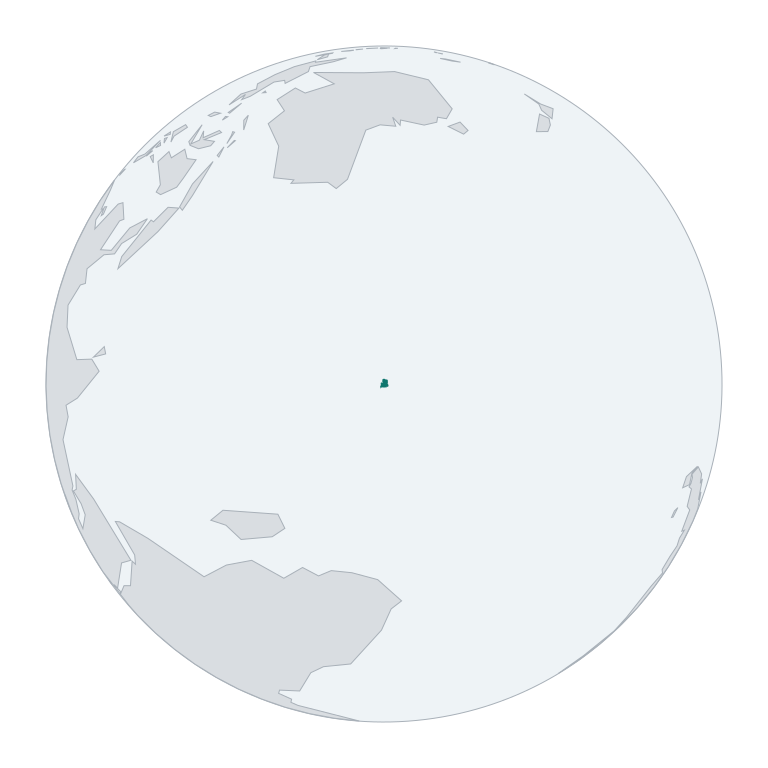 the Earth from above Archipel des Kerguelen, rotated 263°
{"feature_id": "ATF-5916", "entity_name": "Archipel des Kerguelen", "entity_type": "state/province", "adm_level": 1, "iso_a3": "ATF", "parent_name": "French Southern and Antarctic Lands", "parent_adm1": "", "projection": "orthographic", "projection_center": [69.4, -49.144], "detail": "fine", "context": "on_globe", "style": "filled", "palette": "teal", "viewbox_px": 768, "rotation_deg": 263, "n_neighbors": 0, "source": "natural_earth", "source_scale": "10m", "svg_char_len": 8910}
<svg xmlns="http://www.w3.org/2000/svg" viewBox="0 0 768 768"><g transform="rotate(263 384 384)"><circle cx="384" cy="384" r="338" fill="#eef3f6" stroke="#a8b0b8"/><path d="M75.5,521.8L90.1,549.0L111.0,582.5L122.9,596.3L150.7,624.4L162.5,637.4L165.9,637.4L178.0,646.8L187.6,655.1L195.0,658.5L202.3,664.3L201.6,661.6L221.7,672.1L225.6,670.0L242.4,676.4L244.7,674.2L248.0,676.6L253.6,678.8L256.9,678.7L263.4,685.9L256.0,688.3L246.8,685.8L251.1,688.5L230.7,682.0L238.3,685.5L221.9,680.2L210.2,673.8L188.6,659.7L168.1,644.0L149.0,626.8L131.1,608.2L114.8,588.2L100.0,567.1L86.9,545.0L75.5,521.8ZM255.2,672.9L264.2,685.2L257.9,678.7L246.9,675.0L244.6,667.8L255.2,672.9ZM225.5,660.6L216.7,654.7L216.5,653.1L222.6,656.8L225.5,660.6ZM184.6,111.2L195.7,103.7L215.2,92.1L232.1,82.1L254.4,71.9L277.4,63.3L301.0,56.4L325.0,51.3L349.4,47.9L373.9,46.2L398.4,46.4L422.9,48.3L447.2,52.0L471.2,57.5L494.7,64.7L517.6,73.6L539.8,84.1L561.1,96.2L581.6,109.9L601.0,124.9L619.2,141.4L610.0,136.2L592.0,124.8L592.1,126.4L582.1,118.0L573.1,115.9L595.0,142.1L595.8,147.0L579.2,145.9L578.1,141.4L551.8,119.0L549.9,129.6L569.9,150.7L576.9,169.3L562.8,156.8L555.4,140.7L546.0,132.4L546.4,121.8L534.6,103.3L520.2,99.9L519.3,94.7L500.8,80.0L478.9,76.3L445.6,82.1L444.3,97.0L431.4,102.8L407.4,78.0L401.7,65.8L389.9,66.5L367.9,58.6L320.7,62.8L316.8,61.5L307.3,64.1L292.3,65.6L287.5,64.4L277.1,67.5L290.6,71.5L302.1,68.8L315.7,62.7L317.0,65.8L331.9,66.9L305.2,81.8L239.9,111.3L238.4,101.7L213.9,94.7L217.4,91.9L217.5,91.8L217.5,91.6L210.3,97.1L207.7,96.9L215.5,101.4L214.7,107.8L238.9,112.4L235.4,115.4L244.7,115.7L280.3,100.6L279.4,104.8L259.6,130.8L214.6,181.9L223.5,205.5L225.1,231.2L203.4,260.9L211.8,280.8L201.5,295.6L205.2,308.9L200.6,329.1L190.6,353.9L166.6,375.0L159.9,363.7L140.0,351.5L110.2,316.8L110.8,289.5L106.4,276.2L89.6,262.9L92.9,243.0L89.8,241.7L82.4,253.9L79.4,252.8L75.5,259.4L55.2,311.5L52.5,318.4L52.6,318.1L58.4,293.7L66.0,269.7L75.3,246.4L86.4,223.9L99.1,202.2L113.4,181.6L129.2,162.0L146.4,143.7L164.9,126.7L184.6,111.2ZM292.9,58.6L291.6,59.0L312.2,54.2L311.7,53.9L292.9,58.6ZM222.7,87.0L218.8,89.2L218.2,89.5L222.7,87.0ZM382.2,380.9L387.4,387.4L381.5,387.7L382.2,380.9ZM278.3,208.8L267.7,262.8L252.8,268.0L246.0,254.4L247.1,223.2L263.1,209.9L269.9,195.5L278.3,208.8ZM637.6,257.2L644.0,265.1L643.6,266.1L637.6,257.2ZM631.2,246.3L638.9,254.1L629.4,247.7L631.2,246.3ZM641.8,257.3L649.6,263.0L652.9,264.6L652.1,266.4L641.8,257.3ZM625.7,241.5L594.2,216.7L581.0,205.0L584.7,202.7L605.9,218.3L625.7,241.5ZM583.6,201.9L562.9,178.3L530.9,134.0L542.4,139.2L575.1,172.8L573.1,175.0L585.7,191.2L583.6,201.9ZM631.7,216.0L629.5,224.8L612.6,209.8L604.6,202.2L599.2,185.3L602.3,181.3L609.0,186.3L632.2,186.7L640.9,198.9L634.4,200.5L641.3,214.9L631.7,216.0ZM446.1,98.9L455.2,110.9L447.8,111.4L446.1,98.9ZM639.6,183.0L631.6,181.9L638.2,179.7L639.6,183.0ZM642.2,178.9L643.8,183.0L639.1,175.8L642.2,178.9ZM593.8,130.3L586.8,126.2L585.6,123.9L593.8,128.0L593.8,130.3ZM625.1,147.6L628.7,152.6L628.7,153.2L623.7,147.3L625.1,147.6ZM633.0,571.3L627.6,580.1L620.8,580.7L614.6,577.4L615.9,566.0L633.0,571.3ZM622.3,493.5L631.8,479.1L634.7,491.4L625.4,498.3L622.3,493.5ZM636.5,573.8L643.0,571.8L654.8,558.6L642.8,573.6L636.6,585.4L626.8,583.1L636.5,573.8ZM638.2,396.9L591.6,372.7L583.8,360.4L591.1,352.7L594.5,316.1L597.6,319.4L602.2,299.6L632.9,308.5L656.5,300.8L667.3,318.5L679.3,312.6L688.6,332.1L682.4,341.2L688.0,371.2L701.8,352.0L695.4,401.4L692.8,432.6L680.5,465.2L648.8,485.2L639.7,478.3L642.3,469.7L637.4,468.3L636.1,455.4L644.0,432.6L638.8,431.5L647.8,425.1L638.4,427.1L641.7,411.7L638.2,396.9ZM700.3,479.4L699.1,484.7L694.1,499.2L696.3,490.8L700.3,479.4ZM690.2,526.5L687.3,532.5L689.4,527.9L690.2,526.5ZM688.1,531.4L689.8,527.8L688.9,529.6L688.1,531.4ZM706.0,478.0L704.5,482.7L704.6,481.7L706.0,478.0ZM706.7,475.4L707.6,474.1L706.2,477.6L706.7,475.4ZM715.6,435.6L715.9,436.1L715.5,438.7L715.6,435.6ZM653.2,275.7L662.9,277.0L667.3,282.1L653.2,275.7ZM716.8,428.3L717.1,422.1L717.5,420.8L716.8,428.3ZM717.7,424.4L718.3,421.2L716.8,430.9L717.7,424.4ZM719.1,407.6L718.2,419.1L719.0,407.3L719.1,407.6ZM719.0,404.0L719.1,397.2L719.3,396.7L719.0,404.0ZM711.7,355.2L712.3,386.6L710.0,372.8L708.0,349.3L703.3,347.0L694.4,322.5L697.5,322.4L697.1,311.6L685.9,286.4L683.6,277.4L688.3,281.8L679.9,264.2L689.2,277.3L692.3,293.4L697.3,295.0L704.3,313.4L709.9,333.7L713.0,355.7L711.7,355.2ZM687.8,299.1L689.3,301.9L687.6,302.5L687.8,299.1ZM719.3,382.1L719.1,394.2L718.9,394.7L718.8,390.4L719.3,382.1ZM714.0,357.3L717.9,365.2L718.4,369.3L715.6,367.9L714.0,357.3ZM717.6,355.8L718.7,364.7L718.9,373.6L718.5,373.2L717.6,355.8ZM668.9,259.3L668.3,261.5L665.6,255.7L668.9,259.3ZM672.5,262.5L680.1,276.9L671.6,263.8L672.5,262.5ZM645.8,221.5L648.5,230.5L657.2,235.9L650.5,234.5L655.7,251.5L653.4,253.4L648.4,235.4L645.5,245.3L641.6,241.0L640.1,228.6L644.5,220.6L648.3,219.8L663.5,235.1L645.8,221.5ZM672.7,254.7L670.5,244.7L672.0,242.3L674.5,249.1L672.7,254.7ZM662.8,220.2L655.6,205.8L650.1,202.0L660.1,205.7L665.6,218.7L662.8,220.2ZM655.0,198.8L649.9,195.0L654.4,196.0L655.0,198.8ZM648.0,191.3L646.3,186.1L650.9,191.5L648.0,191.3ZM657.8,202.2L656.9,195.9L660.2,202.8L657.8,202.2ZM641.4,174.8L653.1,191.8L639.8,175.7L634.1,162.3L639.4,167.5L641.4,174.8Z" fill="#d9dde1" stroke="#a8b0b8" stroke-width="1"/><path d="M388.4,384.3L388.5,384.5L388.4,384.8L388.3,385.0L388.1,385.3L387.8,385.2L387.7,385.2L387.6,385.3L387.8,385.6L388.1,385.8L387.7,385.7L387.4,385.8L387.2,385.3L386.8,385.2L386.7,385.2L386.5,385.3L386.4,385.3L386.2,385.2L385.9,385.2L385.6,385.2L385.8,385.3L386.0,385.5L385.9,385.5L386.0,385.6L385.9,385.8L385.8,385.6L385.7,385.5L385.6,385.8L385.4,385.6L385.1,385.5L385.3,385.8L385.5,386.0L385.6,386.3L385.9,386.5L386.2,386.5L386.5,386.7L386.8,386.8L386.5,386.5L386.5,386.2L386.8,386.1L387.0,386.2L387.1,386.3L387.4,386.3L387.5,386.6L387.3,386.8L386.9,386.8L387.2,386.9L387.3,387.0L387.2,387.2L386.9,387.2L386.8,387.4L386.5,387.4L386.3,387.3L386.0,387.3L385.7,387.2L385.6,386.9L385.5,386.7L385.4,386.2L385.1,386.1L385.2,386.3L385.0,386.2L384.9,386.1L385.0,386.4L385.2,386.6L385.2,386.9L385.0,387.1L384.9,387.0L384.7,386.9L384.3,386.9L384.1,386.7L383.9,386.5L383.7,386.5L383.5,386.2L383.3,386.0L383.2,386.1L383.3,386.2L383.2,386.2L383.3,386.4L383.4,386.5L383.2,386.4L383.0,386.2L383.1,386.3L383.1,386.5L383.0,386.8L382.9,386.7L382.8,386.3L382.7,386.6L382.9,387.0L382.7,387.2L382.6,387.3L382.4,387.4L382.2,387.4L381.8,387.4L381.7,387.3L381.6,387.1L381.6,386.9L381.6,386.7L381.8,386.3L381.9,386.2L381.9,385.9L382.1,385.7L382.0,385.3L381.9,385.3L381.7,385.3L381.9,385.1L382.2,385.1L382.2,384.9L381.8,384.9L381.7,384.8L381.8,384.8L381.7,384.6L381.6,384.4L381.6,384.2L381.6,384.3L381.9,384.2L382.2,384.0L381.9,384.0L381.7,383.9L381.8,383.9L381.7,383.8L381.6,383.7L381.5,383.4L381.8,383.5L381.7,383.3L381.7,383.0L381.9,383.0L382.1,383.0L382.0,382.8L381.9,382.7L381.7,382.4L381.7,382.2L381.9,382.1L382.0,382.1L382.1,381.9L382.2,381.6L382.2,381.4L382.3,381.2L382.5,381.1L382.8,381.3L382.7,381.5L382.9,381.5L382.4,382.0L382.1,382.5L382.2,382.4L382.3,382.4L382.3,382.2L382.5,382.2L382.5,382.3L382.7,381.9L383.0,381.7L383.2,381.8L382.9,382.0L383.0,382.2L383.0,382.4L382.8,382.6L382.7,382.8L382.8,382.7L382.8,383.0L382.5,383.2L382.5,383.4L382.5,383.7L382.7,383.8L382.7,383.4L382.9,383.1L383.0,383.2L383.1,383.4L383.1,383.6L383.1,383.8L383.3,383.9L383.8,383.6L384.1,383.2L384.2,383.3L384.2,383.6L384.3,383.6L384.5,383.1L384.7,382.9L384.7,383.0L384.8,383.2L384.7,383.3L384.8,383.4L385.0,383.5L384.9,383.6L384.7,383.7L384.9,383.7L384.9,383.9L384.7,383.9L384.5,384.0L384.4,383.9L384.0,383.8L383.8,384.0L383.7,384.1L383.6,384.3L383.7,384.2L383.8,384.2L384.1,384.0L384.3,384.0L384.1,384.1L383.9,384.2L384.2,384.3L384.3,384.4L384.4,384.6L384.5,384.6L384.3,384.6L384.0,384.8L384.4,384.7L384.7,384.7L385.0,384.6L385.3,384.6L385.0,384.8L384.7,384.9L385.0,385.0L385.3,384.8L385.5,384.7L385.5,384.8L385.7,384.7L385.8,384.6L385.7,384.4L385.8,384.4L386.0,384.2L386.3,384.0L386.7,383.9L386.9,384.0L387.1,384.1L387.2,383.9L387.4,383.6L387.6,383.5L387.9,383.5L388.2,383.6L388.3,383.7L388.4,384.0L388.4,384.3ZM383.2,383.1L383.3,383.0L383.3,382.9L383.5,382.7L383.8,382.5L383.7,382.7L383.7,382.8L384.0,382.7L384.0,382.8L383.9,383.0L383.7,383.1L383.7,383.3L383.7,383.5L383.3,383.7L383.2,383.7L383.2,383.4L383.2,383.1L383.2,383.1ZM383.3,382.3L383.4,382.5L383.2,382.8L383.1,383.0L383.0,382.8L383.1,382.6L383.1,382.4L383.3,382.3ZM381.7,385.2L381.6,385.3L381.3,385.3L381.2,385.2L381.3,385.0L381.5,385.1L381.7,385.2ZM386.1,386.4L385.9,386.3L385.9,386.2L385.7,386.2L385.8,386.1L386.0,386.1L386.2,386.3L386.3,386.4L386.4,386.5L386.1,386.4ZM384.7,384.3L384.9,384.1L385.1,384.0L384.9,384.3L384.7,384.3ZM384.3,382.5L384.2,382.4L384.0,382.1L384.3,382.3L384.5,382.3L384.4,382.4L384.3,382.5L384.3,382.5ZM381.7,380.8L381.6,380.7L381.8,380.7L381.8,380.8L381.7,380.8ZM381.2,380.9L381.2,381.0L380.9,381.0L381.0,381.0L381.1,380.9L381.2,380.9Z" fill="#14b8a6" stroke="#0f766e" stroke-width="1.5"/></g></svg>